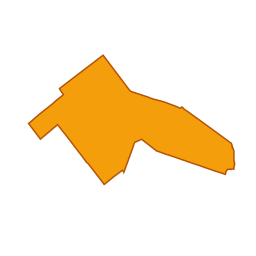 outline of Lunca, Teleorman, Romania, rotated 250°
{"feature_id": "2599482B88621270188908", "entity_name": "Lunca", "entity_type": "district", "adm_level": 2, "iso_a3": "ROU", "parent_name": "Romania", "parent_adm1": "Teleorman", "projection": "equal_earth", "projection_center": [24.774, 43.859], "detail": "fine", "context": "isolated", "style": "filled", "palette": "amber", "viewbox_px": 256, "rotation_deg": 250, "n_neighbors": 0, "source": "geoboundaries", "source_scale": "gbopen_adm2", "svg_char_len": 1606}
<svg xmlns="http://www.w3.org/2000/svg" viewBox="0 0 256 256"><g transform="rotate(250 128 128)"><path d="M73.2,219.7L73.3,219.7L73.6,219.3L74.3,219.3L74.5,219.7L76.9,219.8L77.0,219.9L78.4,219.8L79.9,218.7L85.2,215.2L96.1,207.9L103.7,202.8L113.8,196.0L124.8,188.5L125.7,187.6L126.2,187.3L127.5,186.9L129.3,185.9L128.7,183.7L130.9,181.6L132.7,179.6L138.4,172.9L140.2,170.8L142.0,168.2L144.3,164.9L147.2,160.8L148.8,158.9L150.4,157.2L157.3,148.4L160.2,144.7L160.9,143.7L162.9,142.4L204.9,129.5L202.8,122.6L199.2,111.2L198.6,109.1L195.0,97.7L192.7,90.3L188.8,78.0L188.3,77.0L183.4,78.2L182.3,78.5L181.3,78.7L178.7,70.6L176.4,64.9L173.8,57.0L171.7,50.8L171.4,49.9L169.0,43.5L167.6,39.9L166.2,36.1L165.9,36.2L147.5,41.9L155.2,62.9L149.9,64.7L138.1,68.6L133.5,70.0L119.8,74.3L118.1,74.9L110.3,77.2L109.8,77.3L108.3,78.3L101.5,80.5L89.0,84.5L83.1,86.3L83.2,86.7L87.0,97.7L89.9,107.2L90.2,108.1L88.0,109.0L87.9,109.0L101.4,120.4L106.3,124.5L111.7,128.8L112.2,129.5L112.7,136.8L112.7,137.0L96.8,146.9L92.2,152.5L90.0,155.1L88.2,157.6L86.3,159.9L84.9,161.7L82.6,164.5L79.3,168.5L77.5,170.8L75.9,172.6L70.7,179.2L68.0,182.6L64.8,186.4L61.8,190.2L59.2,193.3L51.1,203.7L53.6,205.1L55.1,207.6L54.4,209.6L54.2,209.9L54.3,209.9L54.3,210.2L53.6,212.4L53.5,212.5L53.2,213.5L53.3,213.5L53.7,213.6L54.6,214.0L55.5,214.5L55.8,214.7L56.3,215.0L56.6,215.2L56.8,215.4L57.5,215.9L59.9,216.3L60.4,216.4L60.9,216.5L61.0,216.5L62.1,216.8L64.4,217.5L64.8,217.7L66.3,218.3L67.7,218.8L68.9,219.2L69.9,219.5L70.3,219.7L71.0,219.7L71.3,219.7L71.9,219.7L72.7,219.6L73.2,219.7Z" fill="#f59e0b" stroke="#b45309" stroke-width="1.5"/></g></svg>